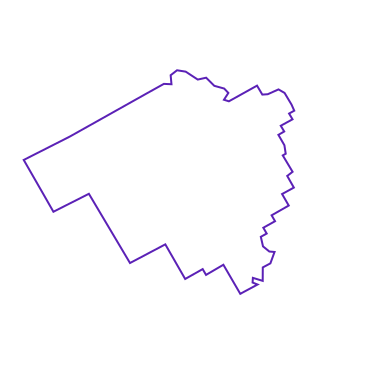 Walker, Alabama, United States of America (orthographic projection), rotated 330°
{"feature_id": "52423323B96350777838033", "entity_name": "Walker", "entity_type": "district", "adm_level": 2, "iso_a3": "USA", "parent_name": "United States of America", "parent_adm1": "Alabama", "projection": "orthographic", "projection_center": [-87.187, 33.759], "detail": "fine", "context": "isolated", "style": "outline", "palette": "violet", "viewbox_px": 384, "rotation_deg": 330, "n_neighbors": 0, "source": "geoboundaries", "source_scale": "gbopen_adm2", "svg_char_len": 874}
<svg xmlns="http://www.w3.org/2000/svg" viewBox="0 0 384 384"><g transform="rotate(330 192 192)"><path d="M142.6,263.9L162.7,264.1L162.7,270.8L182.8,270.7L182.9,304.3L202.5,304.9L199.2,300.7L201.8,296.8L208.8,304.3L215.6,292.7L224.2,293.0L233.5,285.2L229.2,282.2L226.3,274.6L229.2,265.2L235.9,265.3L235.9,258.6L249.3,258.8L249.3,252.0L269.0,252.1L269.0,238.8L282.4,239.1L282.5,225.7L289.2,224.8L288.9,205.7L292.3,205.7L295.4,197.7L295.4,185.7L302.1,185.7L302.0,179.0L315.4,179.3L315.3,172.6L321.2,172.7L321.9,166.1L321.7,152.5L318.2,146.4L306.5,145.2L301.6,142.8L301.5,132.4L269.3,131.9L265.8,128.1L273.0,124.4L271.6,118.5L264.4,111.2L261.4,100.1L253.2,97.5L246.7,84.6L239.9,79.1L231.9,80.2L228.1,88.4L221.7,84.3L202.9,84.0L114.0,82.9L62.3,80.1L62.2,120.0L62.1,139.8L101.8,142.0L102.8,222.5L142.7,224.0L142.6,263.9Z" fill="none" stroke="#5b21b6" stroke-width="2"/></g></svg>